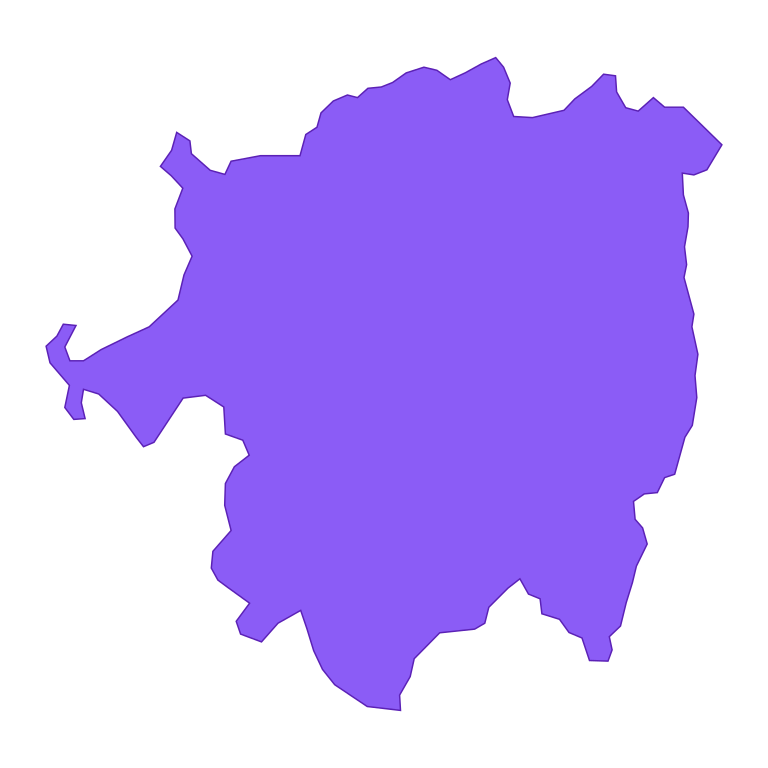 the district of Capela de Santana, Rio Grande do Sul, Brazil
{"feature_id": "56859067B10907533932914", "entity_name": "Capela de Santana", "entity_type": "district", "adm_level": 2, "iso_a3": "BRA", "parent_name": "Brazil", "parent_adm1": "Rio Grande do Sul", "projection": "robinson", "projection_center": [-51.367, -29.711], "detail": "fine", "context": "isolated", "style": "filled", "palette": "violet", "viewbox_px": 768, "rotation_deg": 0, "n_neighbors": 0, "source": "geoboundaries", "source_scale": "gbopen_adm2", "svg_char_len": 1872}
<svg xmlns="http://www.w3.org/2000/svg" viewBox="0 0 768 768"><path d="M721.9,144.8L683.4,107.2L664.6,107.2L653.4,97.6L638.2,111.1L625.7,107.7L616.6,91.9L615.5,75.8L603.6,74.2L591.7,86.4L574.8,98.9L564.0,110.3L545.9,114.5L532.5,117.6L513.7,116.5L507.3,99.7L510.2,83.1L503.6,67.2L495.7,57.6L481.4,63.9L465.1,72.9L450.3,79.7L436.9,70.3L423.9,67.2L406.2,72.9L392.6,82.5L381.3,87.0L367.9,88.3L357.5,97.6L347.4,95.0L333.3,101.0L321.0,112.9L317.0,127.2L305.8,134.5L300.0,155.7L260.4,155.7L231.1,161.2L224.9,174.4L210.2,170.3L191.4,153.7L189.9,140.9L176.7,132.4L171.6,150.3L160.4,166.4L171.2,175.7L182.8,188.2L174.9,208.9L175.1,228.1L182.9,238.8L192.1,256.2L184.0,274.9L178.0,300.0L149.2,326.8L127.1,336.9L101.1,349.6L83.5,360.8L69.9,360.8L64.8,347.0L76.0,325.5L63.3,324.2L56.9,336.1L46.1,346.2L50.0,362.8L69.4,385.4L64.8,407.5L73.8,419.4L85.1,418.6L81.3,402.8L83.5,389.3L98.7,394.0L117.5,411.4L136.2,437.3L143.5,446.7L154.0,442.3L183.1,398.1L205.6,395.3L223.8,407.0L225.4,434.0L242.8,440.2L249.2,455.2L234.4,466.7L225.4,483.5L224.7,505.3L231.1,530.5L212.9,551.3L211.3,568.1L217.9,580.1L227.6,587.3L249.6,603.2L236.2,621.3L240.6,634.1L261.5,641.9L278.0,623.2L300.7,610.4L306.9,628.6L313.7,650.7L322.5,669.4L334.7,684.7L367.2,706.5L400.5,710.4L399.6,695.1L410.2,676.6L414.2,658.7L439.7,632.8L474.7,629.1L484.8,623.2L488.8,607.3L508.0,588.1L519.9,578.8L528.5,594.1L540.1,598.8L541.9,613.8L559.5,619.3L569.0,632.5L582.0,638.0L589.5,660.5L608.0,661.1L612.1,649.9L609.3,636.7L620.5,626.0L626.2,602.7L632.4,582.7L636.4,566.1L647.2,544.0L642.6,527.9L635.1,519.3L633.5,501.4L644.3,493.9L657.3,492.6L664.6,477.6L674.7,474.2L684.9,437.3L692.3,425.4L696.8,397.6L695.0,375.6L697.9,354.3L691.9,326.8L693.9,314.1L684.0,277.5L686.6,264.7L684.5,246.8L688.0,226.8L688.4,213.1L683.4,194.9L682.3,173.1L693.9,174.9L706.9,169.8L721.9,144.8Z" fill="#8b5cf6" stroke="#5b21b6" stroke-width="1.5"/></svg>